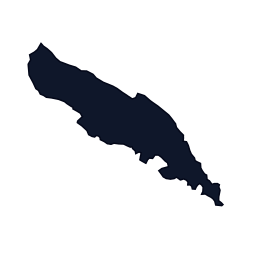 Vieques, Puerto Rico, rotated 45°
{"feature_id": "32010507B52057892334666", "entity_name": "Vieques", "entity_type": "district", "adm_level": 2, "iso_a3": "PRI", "parent_name": "Puerto Rico", "parent_adm1": "", "projection": "natural_earth1", "projection_center": [-65.399, 18.121], "detail": "fine", "context": "isolated", "style": "filled", "palette": "ink", "viewbox_px": 256, "rotation_deg": 45, "n_neighbors": 0, "source": "geoboundaries", "source_scale": "gbopen_adm2", "svg_char_len": 2982}
<svg xmlns="http://www.w3.org/2000/svg" viewBox="0 0 256 256"><g transform="rotate(45 128 128)"><path d="M8.2,140.4L6.7,145.8L9.0,147.3L11.0,148.7L12.3,153.4L13.5,154.5L18.4,158.6L20.6,160.5L21.6,160.8L28.9,163.0L35.1,165.3L38.2,164.7L41.7,165.9L42.0,166.0L45.3,164.6L48.5,164.0L52.6,160.8L58.6,156.8L64.5,154.2L67.6,153.9L70.5,153.3L72.8,152.8L74.5,152.2L75.6,153.4L80.1,152.1L83.8,151.2L87.4,152.2L87.7,152.2L87.5,158.7L88.4,160.0L93.6,159.1L100.8,158.8L104.9,160.5L106.1,160.1L108.5,159.4L110.8,157.9L110.8,155.9L112.7,154.5L113.7,154.5L114.9,154.5L115.8,155.1L116.7,155.8L120.4,154.5L121.1,154.3L124.5,153.7L125.0,153.3L127.5,151.5L128.8,148.7L132.7,145.7L136.3,142.4L139.8,141.2L143.1,139.9L144.0,138.5L145.6,139.1L145.9,139.3L146.6,139.2L149.4,139.1L150.4,139.8L151.2,140.3L151.6,140.6L152.8,137.0L155.1,136.4L157.2,139.7L157.3,139.7L158.9,142.1L159.0,142.1L161.5,141.5L163.8,140.8L165.4,140.4L165.6,140.3L164.3,136.6L164.3,134.2L166.3,132.6L166.9,132.1L166.8,131.5L166.2,128.0L168.7,125.6L171.1,125.2L171.9,125.1L172.3,125.0L177.6,125.1L180.5,124.6L184.0,126.7L180.6,132.7L180.0,136.4L182.9,136.8L186.4,137.4L187.5,137.6L189.8,136.9L190.7,136.7L190.8,136.6L193.1,134.9L194.1,134.2L194.7,133.4L196.4,131.1L196.5,130.6L197.1,128.4L201.7,127.7L202.1,127.1L203.4,124.6L206.4,123.5L208.8,123.9L210.5,126.0L210.6,125.9L212.1,124.3L213.5,124.2L214.2,124.1L216.6,125.6L218.8,123.7L218.1,121.9L218.0,121.6L217.9,121.3L217.5,118.8L218.0,116.5L220.4,116.2L223.0,116.7L225.0,119.0L225.9,120.0L226.6,122.1L226.9,122.8L229.3,120.0L232.4,119.3L234.8,118.5L235.5,118.3L238.0,117.9L238.4,118.0L240.9,118.3L241.0,118.3L244.5,120.4L245.0,120.0L245.1,119.9L248.3,117.3L249.2,116.6L249.3,115.0L249.0,115.0L247.2,114.9L246.8,114.9L243.5,115.3L240.9,112.6L240.5,112.1L240.4,111.9L238.3,108.8L237.0,106.9L236.1,106.5L233.9,105.5L232.7,103.5L231.7,103.8L230.7,104.0L228.8,105.9L228.3,106.4L227.2,108.5L222.9,107.8L220.2,108.5L219.8,108.1L217.6,106.3L217.1,105.9L216.9,105.7L214.7,106.4L214.0,106.3L210.6,105.7L208.1,104.9L207.6,104.7L204.3,101.8L203.7,102.0L200.7,103.1L200.3,103.2L198.6,103.6L198.3,103.6L198.1,103.4L196.2,102.2L191.0,101.7L190.9,101.6L187.4,100.2L183.3,97.9L182.6,97.6L179.7,96.6L179.1,96.4L176.3,98.4L174.4,96.0L173.2,94.9L172.6,94.3L172.3,93.9L167.3,93.9L162.1,93.4L161.8,93.4L160.4,92.5L160.1,92.4L158.6,91.4L156.2,91.1L152.9,90.6L152.3,90.5L147.4,90.0L146.8,90.1L146.5,90.1L133.6,91.4L128.1,92.4L124.4,93.0L116.8,93.5L116.4,93.7L113.4,95.2L110.5,96.7L111.7,100.2L111.8,100.5L112.0,101.1L110.5,104.4L108.7,104.8L108.0,104.9L104.9,105.6L104.0,105.7L98.9,106.8L93.1,107.7L92.9,107.7L87.8,109.1L78.1,113.2L76.4,113.6L70.0,115.2L69.3,115.1L65.5,114.8L64.9,114.9L63.7,115.3L59.0,116.8L58.4,117.0L54.5,120.8L48.0,122.0L42.0,125.2L34.4,128.6L33.9,128.9L32.9,129.3L32.5,129.3L27.5,129.7L20.6,128.8L15.7,129.1L15.2,129.1L14.4,129.2L10.0,130.0L9.8,129.9L7.0,129.7L6.7,129.7L7.9,134.3L8.5,136.5L8.2,140.0L8.2,140.3L8.2,140.4Z" fill="#0f172a" stroke="#020617" stroke-width="1.5"/></g></svg>